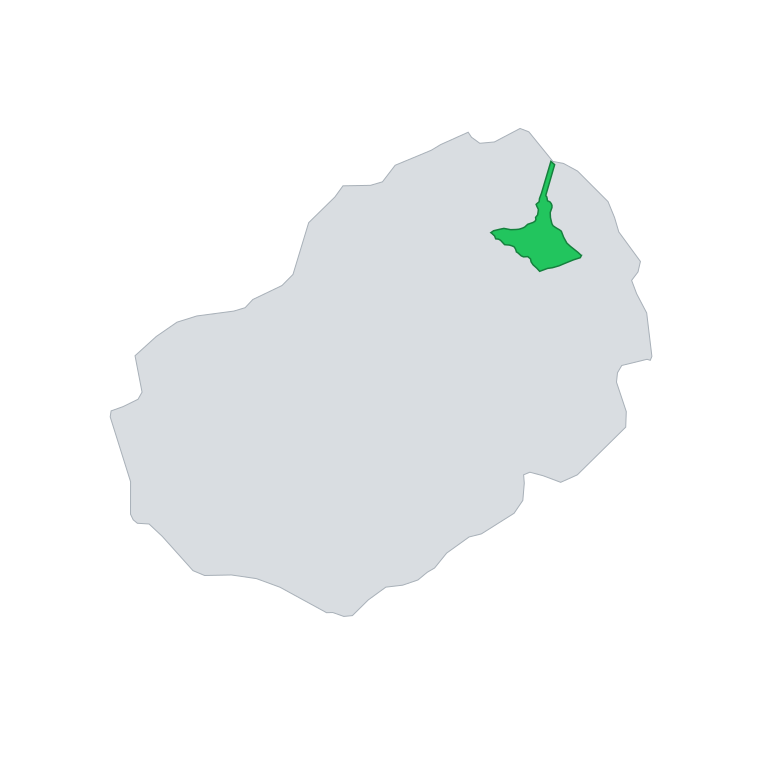 Debarca on a map of North Macedonia (Robinson projection), rotated 159°
{"feature_id": "MKD-2899", "entity_name": "Debarca", "entity_type": "Statistical Region", "adm_level": 1, "iso_a3": "MKD", "parent_name": "North Macedonia", "parent_adm1": "", "projection": "robinson", "projection_center": [20.833, 41.244], "detail": "fine", "context": "in_parent", "style": "filled", "palette": "green", "viewbox_px": 768, "rotation_deg": 159, "n_neighbors": 0, "source": "natural_earth", "source_scale": "10m", "svg_char_len": 2213}
<svg xmlns="http://www.w3.org/2000/svg" viewBox="0 0 768 768"><g transform="rotate(159 384 384)"><path d="M347.1,209.2L359.4,210.7L386.1,203.7L402.7,194.1L411.2,192.7L422.5,188.9L438.7,189.5L455.1,193.7L476.0,188.1L496.5,179.1L504.8,181.4L513.7,189.0L519.6,191.1L554.0,231.6L572.8,248.0L594.9,260.4L620.1,269.5L629.2,278.2L645.6,321.2L653.5,337.5L664.2,342.4L666.8,347.1L667.3,353.3L655.6,383.6L651.4,451.4L648.4,456.7L635.8,456.4L619.1,457.9L612.8,463.1L606.3,499.6L579.5,510.0L555.1,515.9L534.4,514.6L498.1,505.9L486.3,505.0L476.2,509.9L443.9,512.5L429.7,518.9L396.5,561.6L362.8,576.2L351.3,583.7L325.4,574.3L313.0,573.3L295.2,584.2L256.0,585.3L245.4,587.2L215.2,588.9L213.9,583.0L208.3,574.4L194.2,570.4L165.4,573.8L158.4,567.5L146.6,531.3L137.3,525.5L127.0,513.4L109.5,474.0L109.1,456.8L110.3,441.8L100.7,406.5L106.7,397.6L115.7,392.0L115.8,377.7L113.3,356.2L124.0,313.8L126.9,310.7L129.6,312.8L155.4,316.1L162.0,310.8L166.3,302.4L167.7,271.4L173.8,257.1L236.1,229.9L254.3,228.9L268.4,241.4L279.5,249.4L286.2,249.2L288.6,241.1L296.1,225.6L308.9,216.7L346.7,209.2L347.1,209.2Z" fill="#d9dde1" stroke="#a8b0b8" stroke-width="1"/><path d="M148.4,532.0L146.1,527.6L164.8,502.9L165.5,501.7L165.0,500.5L165.2,498.8L165.6,497.4L165.6,496.3L164.4,495.2L163.7,494.3L163.2,492.3L163.2,490.5L164.0,488.5L165.3,487.0L167.4,484.5L169.0,479.6L169.8,473.6L169.5,471.2L167.8,468.7L166.5,467.0L165.0,465.2L163.7,463.1L163.7,460.3L163.7,456.7L162.8,450.0L160.6,445.6L158.1,441.4L155.7,437.3L153.8,433.4L153.6,433.3L155.5,431.6L162.7,432.0L172.6,431.8L178.2,431.6L185.1,432.2L189.8,433.3L197.2,433.4L198.3,433.4L199.8,437.3L202.1,441.8L202.9,445.3L202.4,448.3L204.1,451.4L208.2,452.7L210.0,454.5L211.9,458.3L213.1,460.0L212.9,460.5L212.9,463.3L213.4,465.5L215.0,467.1L217.2,468.8L219.3,469.8L221.5,470.9L222.5,473.4L223.7,476.4L225.2,478.2L227.7,479.5L227.7,482.6L229.3,485.9L230.0,487.0L226.8,487.8L220.6,487.0L216.3,486.3L210.5,482.7L205.3,480.9L202.4,480.1L198.7,479.9L196.4,480.1L192.6,481.6L187.0,481.4L184.8,481.8L183.3,483.0L182.8,485.2L180.0,486.8L178.2,489.9L177.3,491.7L177.6,495.0L177.6,497.2L176.3,497.7L173.8,498.6L172.4,501.4L168.6,505.7L148.4,532.0Z" fill="#22c55e" stroke="#15803d" stroke-width="1.5"/></g></svg>